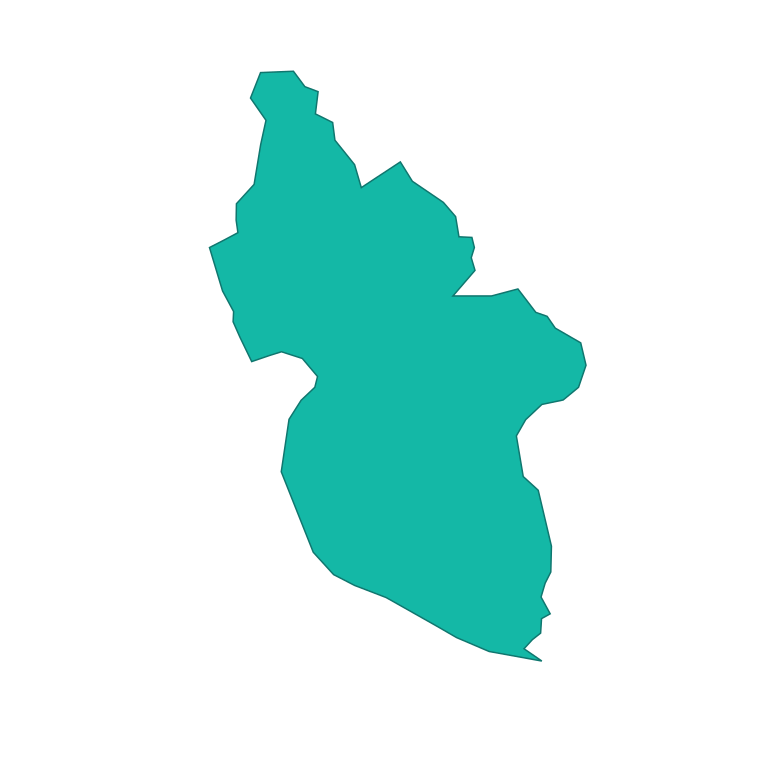 Bom Retiro do Sul, Rio Grande do Sul, Brazil (Equal Earth projection), rotated 315°
{"feature_id": "56859067B38200591405755", "entity_name": "Bom Retiro do Sul", "entity_type": "district", "adm_level": 2, "iso_a3": "BRA", "parent_name": "Brazil", "parent_adm1": "Rio Grande do Sul", "projection": "equal_earth", "projection_center": [-51.914, -29.636], "detail": "fine", "context": "isolated", "style": "filled", "palette": "teal", "viewbox_px": 768, "rotation_deg": 315, "n_neighbors": 0, "source": "geoboundaries", "source_scale": "gbopen_adm2", "svg_char_len": 1056}
<svg xmlns="http://www.w3.org/2000/svg" viewBox="0 0 768 768"><g transform="rotate(315 384 384)"><path d="M545.9,411.5L522.2,397.7L495.0,370.5L528.7,368.0L535.0,356.4L544.4,351.4L549.8,342.5L541.1,332.9L553.0,316.3L554.4,297.6L547.4,260.7L552.6,238.5L525.0,232.8L506.8,229.1L518.3,208.1L521.7,176.9L532.6,162.8L526.5,144.5L544.1,130.7L538.3,117.8L541.1,98.8L516.9,76.5L491.8,87.4L487.0,114.1L466.1,127.5L433.3,151.0L407.1,152.2L395.3,163.6L387.7,173.7L373.2,169.3L357.1,164.1L335.6,204.1L328.9,226.4L321.3,233.3L315.2,249.1L306.3,274.6L323.4,283.0L334.3,288.7L344.3,308.2L342.3,331.7L332.8,337.4L313.9,336.9L291.9,341.8L249.3,373.4L215.0,453.0L213.6,483.2L220.8,505.7L234.5,536.5L249.7,591.1L256.0,614.6L269.2,647.5L299.7,691.5L295.8,670.2L308.2,669.7L318.6,670.9L329.5,661.3L339.0,664.0L344.4,645.7L357.1,638.8L369.0,634.9L387.7,617.1L417.9,568.2L417.0,547.9L440.9,514.3L459.0,509.4L481.2,510.1L499.4,522.0L519.2,523.9L540.1,513.6L552.2,494.0L544.6,465.6L547.2,451.5L542.0,440.7L545.9,411.5Z" fill="#14b8a6" stroke="#0f766e" stroke-width="1.5"/></g></svg>